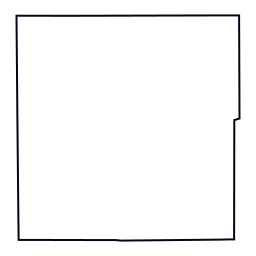 outline of Blackford, Indiana, United States of America
{"feature_id": "52423323B73366349077261", "entity_name": "Blackford", "entity_type": "district", "adm_level": 2, "iso_a3": "USA", "parent_name": "United States of America", "parent_adm1": "Indiana", "projection": "albers", "projection_center": [-85.31, 40.473], "detail": "fine", "context": "isolated", "style": "outline", "palette": "ink", "viewbox_px": 256, "rotation_deg": 0, "n_neighbors": 0, "source": "geoboundaries", "source_scale": "gbopen_adm2", "svg_char_len": 308}
<svg xmlns="http://www.w3.org/2000/svg" viewBox="0 0 256 256"><path d="M16.5,15.7L17.4,120.1L18.6,239.5L18.6,239.9L116.6,240.1L120.8,240.6L222.3,239.6L229.9,239.4L234.2,239.4L234.1,235.1L234.3,120.1L239.5,118.5L239.1,15.4L221.1,15.4L67.6,15.8L16.5,15.7Z" fill="none" stroke="#020617" stroke-width="2"/></svg>